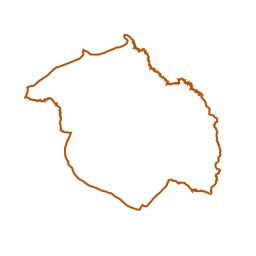 Nong Bua Daeng, Chaiyaphum, Thailand, rotated 161°
{"feature_id": "78962969B31038405940383", "entity_name": "Nong Bua Daeng", "entity_type": "district", "adm_level": 2, "iso_a3": "THA", "parent_name": "Thailand", "parent_adm1": "Chaiyaphum", "projection": "robinson", "projection_center": [101.608, 16.203], "detail": "fine", "context": "isolated", "style": "outline", "palette": "amber", "viewbox_px": 256, "rotation_deg": 161, "n_neighbors": 0, "source": "geoboundaries", "source_scale": "gbopen_adm2", "svg_char_len": 5692}
<svg xmlns="http://www.w3.org/2000/svg" viewBox="0 0 256 256"><g transform="rotate(161 128 128)"><path d="M151.2,209.3L172.4,208.3L176.0,208.6L180.0,207.3L186.6,204.1L197.1,201.3L202.8,198.8L204.7,198.7L206.3,199.4L210.0,199.1L210.1,197.1L210.8,195.6L212.3,193.2L214.6,191.2L215.2,190.2L213.7,190.1L212.0,188.5L211.9,187.7L211.0,186.7L210.6,186.8L210.5,186.5L209.4,186.1L207.9,184.9L206.9,184.9L206.0,184.1L206.0,183.6L205.6,183.6L205.1,183.0L204.2,182.8L203.6,183.4L202.7,183.2L202.2,182.5L201.8,182.8L201.7,182.2L201.2,182.3L200.8,181.4L200.6,181.6L199.8,181.0L198.2,181.4L198.0,181.7L197.9,181.3L197.8,181.6L196.8,181.2L196.3,181.8L195.9,181.6L195.6,182.2L195.6,181.7L194.7,181.3L194.3,181.5L194.3,181.8L193.8,181.6L193.5,182.1L192.5,181.4L191.6,181.3L190.8,180.5L190.6,179.4L190.0,178.9L189.8,177.2L188.9,174.7L187.4,174.6L187.5,173.8L188.6,173.0L187.2,171.6L185.7,169.0L185.8,167.9L186.9,167.1L186.6,166.9L187.0,166.4L186.9,165.7L187.2,165.9L187.4,165.4L186.6,164.9L186.9,164.2L187.3,164.1L187.7,163.5L187.5,162.6L187.6,162.3L187.9,162.5L187.8,161.3L188.2,161.2L188.1,160.9L188.3,160.8L187.9,160.0L188.4,159.4L188.8,157.3L189.8,156.7L191.0,154.6L190.6,154.1L191.4,150.8L191.2,149.6L192.4,148.0L191.8,147.7L191.4,146.1L190.4,145.9L189.7,144.8L183.5,142.1L184.5,141.2L185.1,139.7L186.6,138.5L190.7,134.3L192.5,131.4L194.0,130.0L196.2,122.7L196.4,121.1L195.9,116.7L195.1,115.9L196.1,114.2L196.3,113.1L195.1,110.5L193.9,108.6L193.7,108.0L194.1,106.7L193.6,101.8L191.0,95.8L188.0,92.5L184.6,87.5L182.8,85.6L177.6,81.6L175.8,79.6L172.5,76.9L169.0,74.6L167.7,73.3L164.9,71.5L162.1,66.9L161.3,66.3L158.4,62.8L155.2,56.6L153.3,54.1L150.6,51.5L145.4,47.7L143.4,47.0L141.1,49.3L139.2,50.4L137.9,48.7L136.8,48.1L136.0,48.0L133.9,48.7L125.5,53.8L117.6,57.0L114.9,58.7L111.2,60.3L109.8,61.3L109.3,62.5L108.4,63.3L107.3,63.8L107.1,65.1L106.8,65.4L104.0,65.2L103.3,64.7L102.5,63.2L101.6,63.0L99.6,61.9L98.4,59.0L97.8,58.9L97.2,59.7L96.2,58.9L94.9,58.9L92.3,57.6L91.4,55.2L89.9,54.0L89.4,52.7L89.2,51.1L88.4,49.7L87.6,49.1L87.4,48.6L88.0,48.0L87.8,47.1L87.4,47.5L87.5,48.0L86.6,47.7L86.2,48.0L85.2,47.1L85.0,47.4L84.9,46.6L84.3,46.5L83.9,46.9L83.9,47.5L83.6,47.5L83.3,45.8L81.8,45.1L80.0,45.0L79.4,45.2L78.7,44.2L78.1,44.2L77.8,43.7L76.8,43.6L75.7,42.3L75.3,42.4L72.1,39.2L70.8,38.9L70.0,39.8L69.8,40.6L70.2,41.1L68.4,44.7L64.4,46.1L62.2,47.9L62.1,49.1L61.8,49.7L60.6,49.8L60.6,51.9L59.9,52.5L60.8,53.8L60.1,54.4L60.0,55.2L58.7,55.3L58.0,55.7L56.9,55.5L56.5,56.1L56.5,57.0L55.0,57.7L54.8,58.1L55.1,59.1L55.9,59.4L57.3,60.6L57.7,61.8L57.5,64.2L56.4,66.1L54.5,66.4L52.8,67.6L52.5,68.4L52.7,69.5L52.4,70.4L49.9,71.8L49.1,73.0L49.3,74.3L47.7,76.9L48.2,78.3L47.7,80.1L47.5,83.1L48.1,83.7L47.4,85.3L48.1,86.1L48.3,87.1L47.0,89.7L47.1,90.9L46.6,91.6L46.6,92.9L45.3,94.4L44.8,95.6L45.2,98.0L44.8,98.9L45.8,100.6L45.5,101.9L46.0,102.6L44.9,103.0L44.3,104.2L43.8,104.2L43.3,104.9L41.8,104.8L40.8,107.4L41.2,108.8L42.7,110.0L42.9,111.3L43.8,112.7L45.8,113.5L46.6,114.3L46.6,115.1L45.7,116.5L45.7,117.4L44.5,119.4L47.0,123.9L46.3,126.7L47.1,130.1L47.4,130.3L47.7,131.4L48.5,132.6L48.5,133.3L47.3,134.6L48.1,134.6L47.9,135.6L48.2,135.9L47.9,136.4L48.3,136.7L48.9,136.6L48.6,136.9L49.2,136.8L49.2,137.2L49.9,136.3L50.3,137.0L49.6,137.8L49.9,139.2L50.4,139.4L50.5,139.8L50.7,139.3L51.0,139.4L51.1,140.2L51.9,140.0L51.8,140.9L52.3,140.6L52.2,141.4L52.5,141.5L53.0,142.6L53.4,142.4L53.7,142.7L53.9,143.7L54.5,143.6L54.6,144.3L55.4,144.3L55.5,144.7L56.1,144.6L55.8,145.0L54.9,145.0L55.0,145.6L54.6,145.8L55.0,146.0L54.4,146.6L54.6,146.9L54.3,146.9L53.9,147.3L54.6,147.6L54.7,148.4L53.8,148.5L53.7,148.9L54.5,148.8L54.1,149.2L54.1,149.5L54.7,149.5L55.1,149.8L55.0,150.2L55.5,150.2L55.5,150.9L55.9,150.4L56.5,150.8L57.1,150.2L57.1,150.7L58.0,149.8L57.8,150.1L57.9,151.5L58.9,151.5L59.0,152.1L59.6,152.5L58.8,153.3L59.3,154.0L58.7,154.7L60.0,155.0L60.3,155.6L60.1,156.2L61.1,157.4L62.9,156.8L64.6,157.8L64.5,155.3L65.0,154.6L65.0,153.9L65.6,153.2L65.9,153.2L66.3,154.4L66.8,154.7L67.8,154.3L68.1,155.2L69.2,154.8L69.3,155.2L70.5,155.4L72.4,155.4L73.7,156.1L73.9,155.5L74.3,155.5L75.7,156.9L75.9,156.6L76.5,156.6L75.9,157.0L75.7,158.0L75.2,158.2L75.3,158.8L76.1,158.7L75.8,159.1L76.2,159.1L76.5,160.1L76.9,159.9L76.3,160.5L76.4,161.2L76.8,161.3L76.5,161.6L76.8,162.0L77.1,161.8L77.9,164.2L78.1,163.9L79.2,164.2L79.2,165.1L80.5,166.4L80.2,167.0L80.6,167.2L80.3,167.6L80.8,167.7L80.1,168.7L80.9,169.3L81.1,170.6L81.6,170.7L81.8,171.7L82.2,171.2L84.5,173.2L83.7,174.0L83.9,175.2L84.8,174.9L84.6,175.7L85.7,175.8L86.1,176.4L86.0,176.9L86.3,177.2L87.4,176.8L86.8,178.0L87.3,178.5L86.2,179.1L86.6,180.3L87.6,180.8L86.9,181.8L86.8,183.0L86.2,183.9L86.8,184.7L86.4,185.5L86.9,186.0L86.8,186.6L86.3,186.0L86.3,187.8L85.1,188.4L85.6,190.8L86.1,191.5L86.0,191.9L85.7,192.0L85.9,192.6L86.6,192.4L86.7,193.3L87.4,193.5L87.2,194.5L86.4,195.0L87.2,195.6L87.5,196.5L87.2,196.5L87.2,197.0L87.8,196.9L87.9,197.5L88.4,197.4L88.8,197.7L89.6,196.7L90.0,197.3L91.4,197.3L92.4,196.6L93.0,196.9L92.7,198.0L92.1,198.7L92.1,199.1L92.4,199.3L93.0,199.0L94.0,199.7L93.5,200.0L93.4,200.4L94.4,201.1L95.1,201.2L95.2,201.9L95.8,201.9L94.7,202.7L95.2,203.3L94.5,203.7L94.8,204.0L94.4,204.4L95.1,205.4L94.8,205.8L95.1,206.4L94.6,206.4L94.8,206.8L94.5,207.0L95.0,207.3L94.8,207.7L95.1,207.7L94.9,207.9L95.0,208.5L94.5,208.8L94.6,209.7L95.2,210.2L95.5,211.2L96.1,211.7L96.8,213.8L99.1,216.5L100.3,216.5L101.1,217.1L101.9,215.2L101.9,214.4L99.9,211.1L100.0,210.5L101.0,209.0L101.7,208.4L103.7,207.6L105.2,207.3L110.2,207.1L113.2,207.9L115.8,207.4L123.0,207.2L126.1,206.6L130.0,207.1L131.8,206.9L139.2,209.6L140.6,211.3L141.2,212.9L144.2,215.5L144.7,216.3L146.0,214.6L145.8,213.1L146.7,211.5L151.2,209.3Z" fill="none" stroke="#b45309" stroke-width="2"/></g></svg>